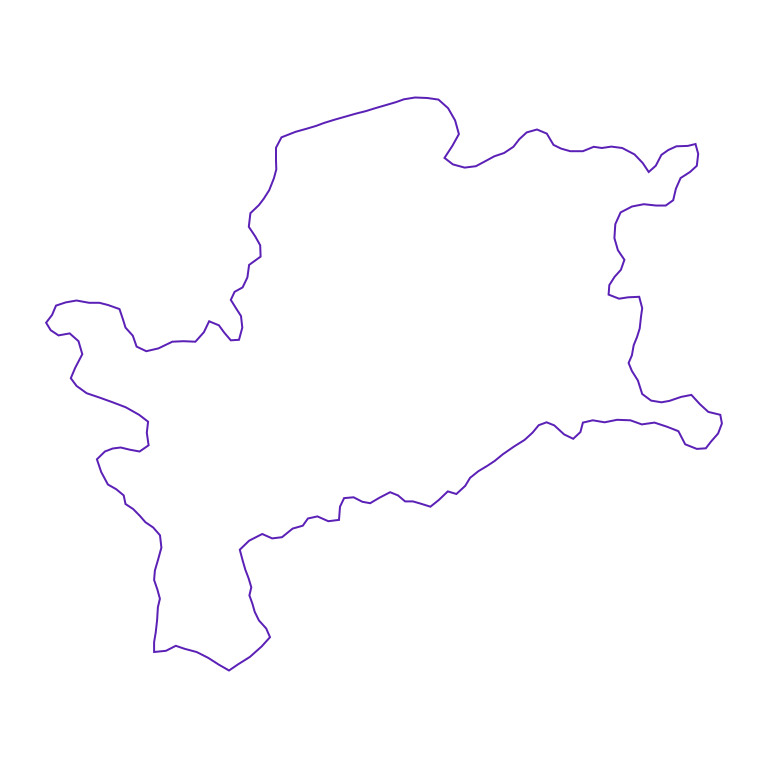 the district of Maravilhas, Minas Gerais, Brazil
{"feature_id": "56859067B58643809104177", "entity_name": "Maravilhas", "entity_type": "district", "adm_level": 2, "iso_a3": "BRA", "parent_name": "Brazil", "parent_adm1": "Minas Gerais", "projection": "mercator", "projection_center": [-44.67, -19.514], "detail": "fine", "context": "isolated", "style": "outline", "palette": "violet", "viewbox_px": 768, "rotation_deg": 0, "n_neighbors": 0, "source": "geoboundaries", "source_scale": "gbopen_adm2", "svg_char_len": 3141}
<svg xmlns="http://www.w3.org/2000/svg" viewBox="0 0 768 768"><path d="M695.5,144.0L687.9,145.9L676.4,146.3L668.3,150.0L661.4,154.9L655.8,165.7L648.7,172.0L642.7,163.0L634.5,154.4L622.2,148.0L611.4,146.6L601.8,148.0L593.7,146.8L582.9,151.2L570.2,151.2L561.1,148.6L553.5,144.9L546.8,133.6L537.0,129.5L526.7,132.4L519.4,139.1L513.4,146.8L504.1,153.0L494.3,156.3L486.2,160.7L475.9,166.2L464.7,167.6L452.9,164.4L444.5,157.9L452.4,145.8L458.9,134.1L455.1,120.4L448.1,108.2L438.5,99.6L427.4,98.0L415.1,97.5L403.9,99.3L396.1,102.1L385.5,105.2L375.2,108.2L365.9,111.1L355.6,113.7L345.8,116.5L335.2,119.5L324.2,122.9L316.1,125.9L306.7,128.7L295.6,131.8L281.5,137.3L276.0,147.7L276.0,160.7L276.3,169.4L273.9,178.3L269.2,190.2L263.7,198.8L258.9,205.1L250.4,213.2L248.8,226.8L255.4,236.7L260.2,245.3L260.6,256.6L249.1,264.9L247.4,277.4L242.6,287.4L234.6,291.8L230.8,299.9L236.3,308.7L241.0,316.0L242.3,327.6L239.0,339.8L230.8,340.3L224.3,332.7L218.9,325.3L209.1,321.3L203.9,332.2L195.4,341.7L183.5,341.2L172.3,341.7L158.4,348.4L146.3,351.2L136.6,346.6L132.8,335.7L125.5,327.6L123.0,319.5L119.5,309.1L108.0,305.0L99.4,302.8L89.1,302.8L76.5,300.5L65.7,302.4L56.0,305.6L52.1,314.9L46.1,322.7L50.7,330.2L58.5,335.4L69.7,333.4L78.5,341.2L82.3,354.2L75.2,367.8L70.8,378.2L76.5,385.9L86.6,393.2L99.9,397.7L112.7,402.3L125.8,407.3L139.1,414.8L148.1,421.7L146.8,432.7L148.6,445.3L139.6,451.5L129.8,449.7L120.7,447.5L112.7,448.5L104.9,451.5L96.9,459.3L101.2,472.0L107.9,484.5L116.2,489.2L123.7,495.4L125.5,504.0L133.1,509.0L139.9,515.9L145.4,522.2L153.2,527.5L160.0,535.3L161.4,547.6L158.2,559.2L154.9,570.5L154.1,580.0L157.4,589.6L159.9,598.7L157.9,607.2L157.1,620.2L155.7,632.6L154.1,642.1L154.1,652.0L166.0,650.8L175.8,645.8L184.6,648.8L196.6,652.0L208.1,657.8L218.9,664.7L229.0,670.5L238.1,664.3L249.9,656.9L261.6,646.5L270.0,637.2L266.2,628.5L258.9,620.4L254.7,611.8L252.4,603.7L249.4,595.4L251.3,587.3L248.6,578.3L245.3,569.6L242.8,561.0L239.8,549.7L249.1,540.7L262.2,534.0L272.2,538.4L282.0,537.2L292.6,528.6L302.8,525.7L307.9,518.5L317.4,516.4L328.3,521.2L339.0,519.9L340.0,506.7L344.1,498.1L353.6,497.3L362.4,501.8L370.2,503.2L379.5,497.7L390.1,492.2L398.0,495.4L405.1,501.4L412.9,501.4L420.9,503.7L430.4,506.7L438.8,500.0L447.8,491.4L456.4,494.0L465.2,485.9L470.1,477.8L478.5,471.1L487.0,466.0L494.6,461.0L502.8,454.3L513.9,446.6L524.6,439.9L532.5,432.7L538.7,425.2L546.6,422.3L554.3,425.4L564.1,434.4L573.2,438.8L580.4,432.1L582.9,422.6L592.8,420.3L604.6,422.3L617.1,419.8L630.4,420.3L641.8,424.4L654.5,422.6L666.9,426.7L678.4,431.2L685.2,444.3L696.8,448.9L705.8,448.3L711.0,441.6L718.1,433.5L721.9,423.5L720.3,414.8L708.3,411.9L699.8,404.1L691.4,394.9L681.1,396.9L669.4,400.9L661.4,402.3L651.1,400.6L642.2,394.0L637.9,380.5L631.9,371.0L628.6,363.0L631.9,355.3L633.7,345.2L637.0,337.1L639.7,328.5L641.0,316.7L642.2,308.2L639.2,296.8L628.2,297.3L619.1,298.7L608.6,294.6L609.3,285.1L614.6,276.8L620.9,269.8L624.4,259.8L617.9,250.2L614.4,238.1L615.3,224.2L620.6,212.4L632.0,206.5L643.8,204.2L655.8,205.5L665.8,205.5L673.2,200.2L675.9,188.7L680.6,178.0L690.0,172.0L696.8,165.8L698.2,153.9L695.5,144.0Z" fill="none" stroke="#5b21b6" stroke-width="2"/></svg>